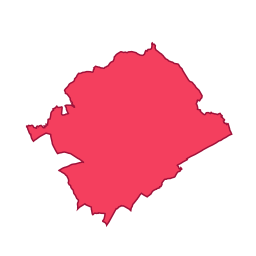 outline of Jugureni, Prahova, Romania, rotated 59°
{"feature_id": "2599482B77676067936148", "entity_name": "Jugureni", "entity_type": "district", "adm_level": 2, "iso_a3": "ROU", "parent_name": "Romania", "parent_adm1": "Prahova", "projection": "robinson", "projection_center": [26.419, 45.107], "detail": "fine", "context": "isolated", "style": "filled", "palette": "rose", "viewbox_px": 256, "rotation_deg": 59, "n_neighbors": 0, "source": "geoboundaries", "source_scale": "gbopen_adm2", "svg_char_len": 5780}
<svg xmlns="http://www.w3.org/2000/svg" viewBox="0 0 256 256"><g transform="rotate(59 128 128)"><path d="M171.5,212.7L170.9,210.3L170.8,204.0L172.2,203.6L176.6,200.4L176.9,200.2L178.9,201.3L180.0,201.6L183.0,202.8L184.1,202.9L184.2,202.7L183.9,201.4L183.8,200.6L183.9,200.3L185.0,199.0L185.2,198.4L185.8,197.4L185.9,196.9L185.7,196.7L187.3,194.9L188.8,192.6L189.5,191.8L191.0,192.8L193.4,195.1L194.1,196.1L194.4,197.2L195.1,197.7L197.1,196.4L198.4,196.1L199.8,196.1L200.3,196.3L198.7,192.8L191.1,179.7L191.6,179.3L191.4,177.7L190.9,176.6L190.9,176.2L191.2,175.8L191.2,175.4L191.1,175.2L191.1,173.7L191.8,173.4L192.1,172.3L194.1,171.0L198.8,168.4L199.9,168.4L200.3,168.2L198.3,166.5L197.3,164.7L196.0,163.4L195.8,162.7L195.4,162.1L195.4,161.6L195.3,161.1L194.8,160.1L194.4,158.8L193.9,157.8L193.7,156.9L193.0,155.5L192.5,154.2L192.1,153.5L191.4,152.1L190.9,150.1L193.3,149.1L196.9,147.0L196.9,146.5L196.6,145.6L196.6,143.9L196.3,143.3L196.4,142.5L194.9,139.7L194.8,138.8L194.7,137.9L194.8,136.1L195.1,135.2L194.9,134.3L195.5,131.7L194.7,131.1L195.1,130.1L194.9,129.5L194.4,128.9L194.1,128.1L192.8,127.4L192.3,126.8L190.9,123.3L191.0,122.7L191.7,121.3L191.7,120.3L193.1,117.6L193.3,116.0L193.6,115.2L194.0,113.4L193.9,112.8L192.6,110.7L191.5,108.5L191.4,107.7L191.4,107.1L191.7,106.4L191.7,105.7L191.6,105.2L190.9,104.2L190.8,103.7L191.0,103.2L190.9,103.1L190.3,103.0L189.2,103.2L189.4,103.5L189.6,104.4L189.5,104.9L189.2,105.1L186.9,104.7L185.4,105.0L185.2,104.7L185.5,101.1L185.4,98.6L185.6,94.2L185.6,93.5L184.6,93.5L184.7,89.0L185.2,84.1L185.4,76.7L185.3,74.6L185.6,68.2L186.0,64.2L186.1,60.1L185.9,56.7L186.4,54.9L186.2,51.6L186.4,49.0L186.3,45.9L186.3,44.7L186.7,42.3L183.8,41.9L182.5,41.9L180.8,41.3L175.9,40.0L175.7,40.1L175.8,41.6L174.4,41.6L174.2,42.4L173.5,42.8L173.2,42.8L172.9,42.7L172.6,43.0L171.7,42.5L171.2,42.6L171.1,41.7L170.8,41.1L170.2,41.1L169.1,41.6L167.8,41.7L166.6,42.3L166.3,42.2L166.3,41.2L166.0,41.0L165.6,41.1L164.3,41.6L163.0,41.5L162.7,42.1L162.7,42.8L162.5,43.4L162.7,43.9L162.5,44.4L161.2,45.5L160.6,46.4L159.2,47.6L158.8,48.3L157.4,48.7L157.5,49.0L157.9,49.6L158.0,49.8L158.0,50.1L156.5,50.9L156.1,51.3L155.3,52.9L155.3,53.2L156.0,54.5L156.1,55.0L156.0,55.4L155.7,55.8L154.2,56.5L151.0,57.4L150.6,57.3L150.1,56.7L149.8,56.7L147.9,58.7L147.6,58.8L147.0,58.1L145.6,57.5L143.6,57.0L142.5,57.1L140.8,54.9L140.1,54.5L139.9,54.1L140.0,54.0L140.7,53.2L141.4,53.0L141.5,52.6L140.3,50.2L140.1,49.2L138.6,47.9L132.3,47.7L128.3,48.8L125.8,48.8L124.1,49.2L122.3,49.4L121.7,49.6L119.9,51.0L118.3,51.4L111.0,51.5L106.7,51.5L105.1,51.2L102.3,52.0L99.3,52.0L98.4,52.8L96.5,55.1L94.5,55.9L94.2,56.4L91.5,58.5L89.8,59.0L87.6,60.4L86.6,60.2L86.0,60.5L83.8,60.7L82.9,61.1L82.2,61.1L79.9,62.2L77.2,63.1L75.8,63.8L73.2,63.6L72.8,63.1L71.4,62.1L69.5,62.5L69.3,62.9L69.3,63.4L69.2,63.7L68.3,63.8L67.9,63.4L67.6,63.4L67.7,63.8L68.1,64.2L69.9,65.1L71.1,66.1L71.8,66.8L72.0,67.3L72.1,68.3L71.0,70.3L71.1,70.7L71.7,71.5L71.9,72.0L71.7,72.3L70.9,72.6L70.8,72.8L71.2,73.6L73.1,75.8L73.4,77.5L73.1,78.4L71.6,80.2L69.0,81.8L67.6,82.3L64.4,85.5L63.7,87.1L63.0,88.4L63.0,89.8L62.2,90.8L61.6,91.2L61.0,92.9L59.4,94.3L58.9,95.1L58.9,96.3L58.9,99.2L59.2,100.8L59.9,102.4L60.0,103.1L61.8,104.5L63.0,106.3L63.1,106.7L62.8,108.4L63.1,110.1L64.5,113.0L64.3,114.3L64.4,115.3L64.1,116.6L64.4,117.3L64.5,117.7L64.4,118.0L63.4,119.1L62.5,120.3L60.8,121.5L60.5,122.1L58.4,124.0L58.9,126.4L59.7,126.3L60.0,126.5L60.3,127.6L61.6,128.7L61.9,129.5L61.6,130.1L60.2,131.5L58.4,134.3L57.8,136.5L57.0,138.2L56.8,140.3L56.4,141.2L55.7,142.2L56.7,144.6L57.6,145.8L58.4,148.5L59.2,149.0L60.0,150.2L60.2,152.2L60.0,153.8L60.1,155.3L60.3,156.1L61.0,157.2L61.5,158.3L62.3,161.5L62.9,162.8L63.1,163.0L65.3,163.3L66.1,163.8L67.6,162.7L72.2,162.2L73.2,162.4L73.4,162.7L74.9,163.1L75.7,163.0L76.2,163.4L76.5,163.0L77.2,162.7L77.8,162.8L78.1,163.0L78.1,163.5L78.6,163.7L79.5,163.6L81.1,162.9L82.3,163.0L82.6,163.2L82.3,163.6L81.6,163.6L79.8,164.6L79.1,165.2L77.0,168.5L76.6,169.3L76.5,170.4L77.8,170.6L78.3,170.3L78.5,170.3L80.6,171.3L81.3,171.4L81.5,171.3L82.7,171.6L84.9,171.7L84.6,173.0L84.1,174.0L84.2,174.8L84.1,175.3L83.4,177.2L83.2,177.4L82.3,177.8L81.5,177.6L76.7,174.0L76.1,173.8L75.8,173.9L75.3,175.6L74.5,177.1L73.9,177.7L72.6,177.8L72.7,178.3L73.3,179.7L73.4,180.4L73.4,180.6L73.2,180.5L73.2,180.8L73.0,182.6L74.4,182.8L74.4,184.2L74.8,185.2L75.4,186.2L78.7,188.9L80.1,190.3L79.6,191.3L79.5,192.1L81.3,193.3L83.8,195.4L82.6,196.2L84.3,197.5L83.1,198.8L83.9,199.1L84.1,198.8L84.8,199.1L84.3,200.3L83.6,200.7L82.3,200.7L81.8,201.1L81.0,201.2L80.5,202.8L80.8,204.1L80.1,204.4L79.7,204.7L79.6,205.0L79.9,205.8L80.8,206.3L81.0,206.5L80.9,206.9L79.8,207.6L79.0,208.5L77.1,208.4L76.2,208.9L75.7,210.8L74.6,211.8L74.8,212.8L74.3,213.6L74.2,213.9L74.9,214.3L75.5,213.9L77.6,214.5L79.3,214.7L81.1,215.1L82.5,215.1L83.3,214.6L83.5,215.0L84.4,215.1L87.0,215.9L89.6,216.0L90.7,215.8L90.4,214.7L90.3,212.1L89.9,208.1L90.0,204.8L90.2,200.9L92.7,198.4L93.7,197.6L95.5,198.5L101.3,200.4L102.6,201.0L105.3,201.3L110.2,201.6L112.9,201.6L113.7,201.5L114.0,199.9L115.0,197.3L115.2,196.3L115.9,194.8L117.7,193.0L118.9,192.0L120.1,190.7L120.8,190.2L128.4,186.5L129.2,186.0L129.3,185.8L134.2,183.8L134.4,183.9L133.8,184.5L132.8,187.5L131.6,191.9L131.2,192.5L130.3,194.8L130.1,196.7L130.1,197.7L130.0,198.8L129.7,200.7L129.1,202.8L128.8,204.8L128.8,209.0L129.3,208.9L130.1,208.1L131.7,207.5L134.5,205.9L136.4,205.6L137.4,205.1L139.4,205.3L140.7,205.3L142.6,206.0L143.3,206.5L143.9,207.3L144.4,207.5L146.4,207.6L147.1,207.1L147.8,206.9L148.8,207.3L149.8,207.5L151.4,207.4L152.4,207.1L153.4,207.1L154.2,207.4L156.2,208.1L158.9,207.8L162.0,208.2L163.7,207.7L164.3,207.7L165.5,208.5L165.9,208.9L166.3,209.7L167.2,210.5L169.5,211.5L170.6,212.3L171.4,212.6L171.5,212.7Z" fill="#f43f5e" stroke="#9f1239" stroke-width="1.5"/></g></svg>